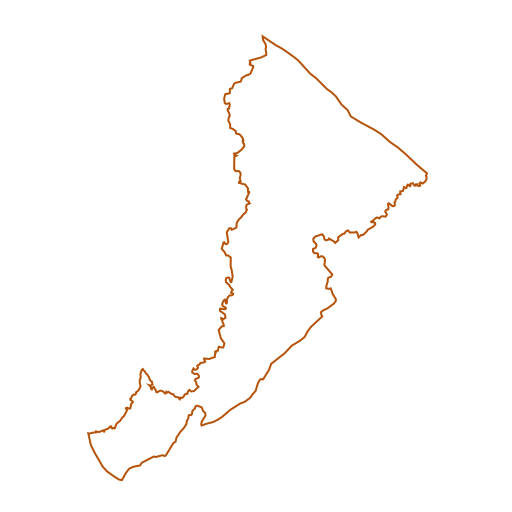 District #4, Grand Bassa, Liberia, rotated 178°
{"feature_id": "62588387B61310853787803", "entity_name": "District #4", "entity_type": "district", "adm_level": 2, "iso_a3": "LBR", "parent_name": "Liberia", "parent_adm1": "Grand Bassa", "projection": "mercator", "projection_center": [-9.694, 5.903], "detail": "fine", "context": "isolated", "style": "outline", "palette": "amber", "viewbox_px": 512, "rotation_deg": 178, "n_neighbors": 0, "source": "geoboundaries", "source_scale": "gbopen_adm2", "svg_char_len": 6087}
<svg xmlns="http://www.w3.org/2000/svg" viewBox="0 0 512 512"><g transform="rotate(178 256 256)"><path d="M203.6,183.2L191.9,193.3L192.7,194.9L193.1,197.5L191.2,199.1L186.2,201.3L179.9,205.7L178.3,207.5L177.7,208.9L177.8,210.3L180.7,215.4L182.4,221.0L184.3,220.6L186.9,221.2L186.9,223.0L185.2,228.1L185.2,229.6L184.6,231.7L181.7,232.7L180.4,234.8L188.0,244.4L187.2,248.8L187.4,250.9L188.3,252.2L189.5,253.3L190.9,253.5L193.6,252.3L194.3,252.9L193.8,255.4L194.2,256.4L197.6,256.9L198.8,258.2L198.8,261.0L196.1,262.1L195.1,264.5L195.7,266.2L198.0,268.7L198.1,271.4L196.1,273.4L189.0,275.4L187.4,272.9L187.1,270.6L186.0,269.3L182.8,269.8L182.4,270.9L177.3,267.6L176.4,266.3L173.2,269.0L173.3,271.6L172.3,272.5L168.3,275.1L167.0,275.2L165.1,277.6L163.2,278.4L161.5,276.2L156.3,276.1L154.8,276.7L154.0,275.6L152.8,271.0L150.1,273.4L149.0,273.1L147.7,273.7L144.4,276.8L143.3,278.4L138.2,281.0L135.8,283.2L135.8,284.9L137.2,285.6L139.0,285.6L139.7,286.3L137.4,287.5L136.2,288.9L133.9,290.3L131.4,289.3L130.0,290.8L128.4,291.4L125.1,290.8L123.7,292.9L125.3,296.0L124.4,297.3L123.4,297.9L122.3,297.9L121.9,299.4L122.2,303.6L121.4,304.1L117.9,301.0L116.0,301.3L115.4,302.0L115.7,304.7L114.9,305.4L114.4,307.7L112.9,308.8L112.4,309.9L112.9,311.1L112.3,312.3L109.4,312.7L109.8,314.7L109.5,315.6L108.4,315.5L106.8,316.0L105.7,319.7L104.2,318.8L103.3,318.8L102.5,321.1L101.8,322.0L99.8,320.3L99.1,320.9L99.5,322.3L98.5,323.0L96.6,323.2L95.2,320.8L94.0,320.8L93.7,322.0L92.2,322.1L92.0,320.8L90.7,320.1L89.4,320.6L89.9,323.0L89.0,323.8L86.7,322.6L84.1,324.8L82.9,327.0L82.8,329.2L83.4,330.3L82.2,332.6L91.6,341.1L103.7,353.4L111.0,360.0L118.1,365.2L126.5,373.3L133.4,378.1L146.1,385.4L156.4,392.2L159.4,398.7L165.2,404.3L170.7,412.9L175.1,417.2L179.3,420.4L189.5,431.4L195.5,436.4L207.0,450.0L212.1,454.3L222.2,462.0L228.7,465.9L241.7,475.3L241.4,471.6L239.2,467.7L238.6,464.8L239.2,462.5L238.6,457.7L238.8,456.5L243.8,454.3L255.4,451.5L254.9,449.0L255.4,449.1L255.6,447.5L252.2,445.9L252.2,444.7L255.3,438.3L257.8,437.1L259.4,436.9L264.1,434.2L264.2,433.2L265.3,430.8L270.0,429.9L271.9,428.9L274.0,424.4L276.2,423.9L276.5,419.8L279.4,418.9L279.9,419.2L281.2,418.6L282.4,414.1L281.8,409.9L280.6,409.0L277.3,409.6L276.9,408.0L277.9,404.2L279.1,404.0L279.2,402.8L277.7,399.1L277.3,396.9L278.2,395.6L279.0,392.4L277.2,388.5L277.4,384.9L274.7,383.8L271.9,381.6L271.7,379.2L270.1,378.5L268.4,378.4L265.4,374.7L264.9,373.2L265.3,371.4L264.8,371.5L265.0,370.6L264.7,368.8L264.0,368.4L263.8,366.2L266.6,362.9L270.8,359.8L272.7,359.1L273.3,359.4L274.3,359.1L274.2,357.7L272.1,356.9L274.2,355.9L274.8,343.7L273.4,341.5L270.3,341.5L268.7,339.8L268.5,337.6L269.5,334.4L268.8,331.2L270.4,330.7L270.5,329.7L264.2,327.7L261.8,324.1L261.7,320.3L260.6,320.3L260.5,319.9L264.0,312.8L262.7,311.2L261.2,310.7L261.2,309.3L260.6,308.8L263.5,307.6L264.1,306.0L264.1,303.6L263.5,302.6L265.0,299.6L266.8,298.5L269.2,295.5L271.9,293.0L273.9,290.1L274.5,288.0L274.3,286.1L274.9,284.9L279.3,283.1L280.1,284.6L282.0,284.5L282.6,283.1L283.9,281.6L284.4,280.4L283.2,271.2L284.0,269.6L285.1,268.8L286.2,269.2L287.3,270.9L288.0,270.7L290.0,264.3L287.3,261.1L285.8,257.6L284.0,257.6L281.3,255.5L281.7,246.2L280.9,243.4L280.0,236.0L281.6,230.8L282.1,230.8L282.7,232.2L283.4,235.0L284.4,235.5L286.5,234.9L287.1,233.2L286.9,230.8L284.1,228.4L282.5,225.5L280.4,223.0L281.8,221.5L282.1,220.1L280.1,219.2L280.5,218.1L281.6,217.5L283.8,217.5L285.4,215.9L286.6,213.8L286.7,210.2L287.1,209.6L287.7,209.8L287.9,210.5L288.3,213.3L288.9,213.5L290.4,211.8L291.5,209.0L291.1,207.3L288.0,205.3L287.9,204.5L288.6,203.9L291.5,204.1L293.1,204.8L293.9,204.2L293.9,202.4L289.3,198.9L288.8,197.2L288.7,195.3L289.5,194.8L291.0,194.1L292.9,195.2L293.0,194.5L291.8,192.6L291.8,191.1L290.7,188.5L290.6,187.1L292.8,186.8L295.9,183.3L294.0,175.0L290.6,169.8L291.9,165.8L293.4,165.7L296.4,166.6L297.4,162.7L299.1,162.5L300.1,161.7L299.6,160.9L300.1,160.7L300.7,156.5L306.5,154.7L311.3,155.4L311.5,154.4L310.5,152.2L311.6,151.5L315.4,151.0L316.3,149.5L317.8,148.9L318.6,148.1L317.9,146.4L318.7,145.1L320.4,144.4L321.2,144.5L322.4,145.8L323.9,142.9L323.7,141.8L321.6,140.2L318.9,140.4L317.4,138.7L317.2,136.9L318.2,136.0L320.7,135.3L321.4,133.9L320.2,131.8L319.9,129.3L318.0,127.3L322.6,123.2L325.6,122.9L327.2,124.5L328.1,123.8L329.2,122.0L329.3,120.8L332.0,120.1L333.3,117.9L335.1,116.7L336.3,117.0L337.1,115.4L337.8,116.0L337.9,117.1L338.9,117.7L340.8,117.7L342.7,119.2L343.5,120.8L344.9,120.9L348.3,123.3L349.5,122.7L350.3,123.4L350.7,122.1L351.7,121.7L353.2,123.6L355.4,124.7L357.1,124.6L359.4,123.2L360.4,123.5L360.8,125.2L362.8,128.8L364.1,127.9L364.8,126.3L365.5,126.9L365.9,129.1L367.2,130.6L365.7,130.1L363.9,131.3L364.5,134.2L365.2,134.4L366.9,136.8L366.9,138.0L368.7,141.1L370.6,143.2L371.3,144.8L372.9,146.1L373.0,146.9L373.5,146.7L374.1,146.2L375.7,142.0L375.4,138.6L376.6,135.7L376.5,132.4L375.9,129.8L377.6,126.7L379.1,124.9L380.5,124.1L380.9,122.4L381.9,121.6L383.0,121.8L384.7,120.6L385.8,118.1L386.7,117.5L386.7,116.8L384.2,114.9L384.4,113.9L385.8,112.8L387.0,108.0L388.4,108.0L390.0,108.9L391.1,108.7L391.2,107.8L390.2,106.5L393.7,100.3L395.2,99.3L397.6,96.0L401.1,93.4L403.2,88.7L404.3,89.2L405.6,88.5L406.4,89.1L406.6,90.7L407.5,90.8L410.0,88.5L412.7,87.8L414.0,85.8L414.9,87.1L418.1,85.8L419.8,85.6L422.0,86.3L422.2,85.2L424.4,85.3L428.5,84.4L429.8,84.7L427.6,72.7L423.8,64.4L416.5,50.8L412.6,46.1L405.9,40.9L400.8,37.4L397.8,36.7L393.6,43.7L390.2,47.8L386.7,49.4L382.4,50.3L379.5,50.5L377.3,53.4L365.1,59.2L363.1,58.6L356.4,60.2L354.0,59.2L352.6,60.5L345.2,71.9L342.9,73.2L341.8,77.3L337.5,83.2L334.3,86.4L331.4,90.5L330.8,93.8L329.3,96.1L328.9,98.9L328.2,99.5L326.6,99.2L325.8,99.8L324.8,103.6L322.3,105.8L321.8,107.8L320.1,108.5L315.6,106.7L314.2,102.9L312.3,101.1L312.0,98.3L315.9,92.6L316.6,89.9L316.3,88.5L310.1,90.4L304.7,91.5L299.7,93.8L295.5,96.4L287.0,103.2L277.0,109.1L272.5,110.6L266.8,114.4L264.6,117.5L261.1,121.2L258.4,129.2L256.1,132.5L254.1,132.8L253.4,132.4L252.7,133.2L247.0,141.7L244.6,147.7L230.8,157.8L223.4,165.1L214.4,170.2L210.2,173.4L207.2,178.7L203.6,183.2Z" fill="none" stroke="#b45309" stroke-width="2"/></g></svg>